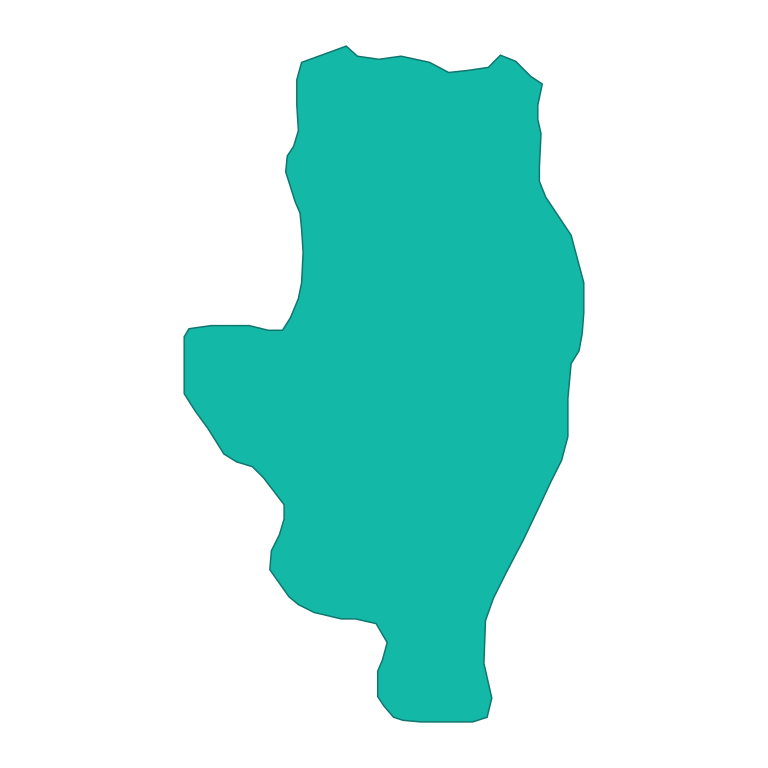 outline of Yeongdeok-gun, North Gyeongsang, South Korea
{"feature_id": "91817680B91067436457746", "entity_name": "Yeongdeok-gun", "entity_type": "district", "adm_level": 2, "iso_a3": "KOR", "parent_name": "South Korea", "parent_adm1": "North Gyeongsang", "projection": "mercator", "projection_center": [129.302, 36.465], "detail": "fine", "context": "isolated", "style": "filled", "palette": "teal", "viewbox_px": 768, "rotation_deg": 0, "n_neighbors": 0, "source": "geoboundaries", "source_scale": "gbopen_adm2", "svg_char_len": 1209}
<svg xmlns="http://www.w3.org/2000/svg" viewBox="0 0 768 768"><path d="M346.2,46.1L301.6,62.4L296.8,79.8L296.8,105.2L298.4,130.6L293.6,146.4L287.3,155.9L285.7,171.8L295.2,201.9L300.0,213.0L301.6,228.8L303.1,252.6L301.6,282.8L298.4,298.6L290.5,317.6L282.5,330.3L268.3,330.3L249.2,325.6L211.2,325.6L189.0,328.7L185.8,334.1L184.2,336.7L184.2,393.7L195.3,411.2L208.0,428.6L223.9,454.0L236.6,461.9L252.4,466.7L263.5,477.8L284.1,504.7L284.1,519.0L279.4,534.8L271.4,550.7L269.8,569.7L288.9,596.7L298.4,604.6L314.2,612.5L338.2,618.2L341.2,618.9L349.1,618.9L355.5,618.9L376.1,623.6L387.2,642.6L382.4,660.1L377.7,671.2L377.7,696.6L384.0,706.1L393.5,717.2L403.0,720.3L420.5,721.9L442.7,721.9L472.8,721.9L479.0,719.9L487.1,717.2L491.8,698.1L483.9,663.3L485.5,620.5L493.4,598.3L506.1,572.9L523.5,539.6L539.4,506.3L550.5,482.5L561.6,460.3L567.9,436.5L567.9,420.7L567.9,398.5L571.1,363.6L579.0,350.9L582.2,333.5L583.8,312.9L583.8,282.8L571.1,235.2L552.1,206.7L545.7,197.1L539.4,181.3L539.4,167.0L541.0,133.7L537.8,119.5L537.8,105.2L542.3,84.1L530.9,76.5L515.7,61.3L500.4,55.2L488.3,67.4L468.0,70.4L448.7,72.5L429.4,62.3L401.0,56.2L378.7,59.3L357.4,56.2L346.2,46.1Z" fill="#14b8a6" stroke="#0f766e" stroke-width="1.5"/></svg>